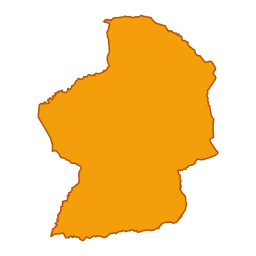 Areza, Debub, Eritrea
{"feature_id": "51966322B88449484299376", "entity_name": "Areza", "entity_type": "district", "adm_level": 2, "iso_a3": "ERI", "parent_name": "Eritrea", "parent_adm1": "Debub", "projection": "orthographic", "projection_center": [38.502, 14.876], "detail": "fine", "context": "isolated", "style": "filled", "palette": "amber", "viewbox_px": 256, "rotation_deg": 0, "n_neighbors": 0, "source": "geoboundaries", "source_scale": "gbopen_adm2", "svg_char_len": 5685}
<svg xmlns="http://www.w3.org/2000/svg" viewBox="0 0 256 256"><path d="M215.5,68.0L213.9,65.2L213.3,64.7L213.1,63.6L212.3,63.1L212.0,62.4L211.2,61.5L209.3,61.2L207.3,62.1L205.1,62.1L202.9,59.8L202.6,58.9L201.6,58.1L200.6,56.2L199.8,55.8L198.1,55.7L196.0,54.4L195.4,53.7L195.2,52.0L194.4,49.8L192.7,49.0L191.0,47.5L189.9,47.0L189.1,45.7L188.1,45.0L187.6,43.9L188.1,42.4L186.4,41.9L185.0,40.5L183.1,40.7L182.1,40.1L181.6,36.5L179.4,35.8L179.2,34.6L178.9,34.1L178.1,34.0L177.8,34.9L177.4,35.1L176.2,34.1L176.0,32.9L174.7,33.2L172.7,32.6L172.3,32.2L172.3,31.3L172.1,31.1L171.4,31.4L171.0,31.3L170.6,30.8L169.6,30.7L169.1,30.9L168.9,31.5L167.7,30.5L167.3,29.3L165.9,27.7L165.5,25.9L165.0,25.6L163.1,25.5L162.3,25.0L159.3,24.1L157.7,23.9L156.2,22.9L155.3,23.0L154.7,22.6L154.4,21.5L153.5,21.1L150.8,17.5L147.5,17.1L145.9,16.6L143.0,16.3L142.1,15.5L141.3,15.4L138.6,17.0L136.9,16.8L135.5,17.0L134.7,16.8L133.3,17.9L131.1,17.1L130.5,16.5L129.8,16.8L128.6,16.6L127.5,16.9L126.5,16.5L124.7,16.2L122.9,17.2L121.2,17.1L117.8,17.7L114.4,17.7L112.8,18.6L111.0,20.8L110.0,19.6L108.3,20.3L107.7,20.1L107.5,19.5L106.7,19.9L105.3,19.7L104.7,21.1L103.7,21.4L104.8,22.3L106.5,22.2L107.9,22.9L108.9,23.1L109.7,24.9L108.7,26.2L108.9,27.7L108.5,28.6L108.5,29.5L106.8,32.2L107.6,35.3L107.3,36.6L108.7,39.5L108.6,43.6L109.1,45.2L109.2,50.3L109.5,51.7L109.2,52.8L108.4,53.9L107.6,55.8L107.1,58.8L107.5,60.9L108.1,62.0L108.0,63.0L109.1,65.4L109.1,66.0L108.9,66.6L107.7,67.4L106.7,69.6L104.9,71.1L104.0,70.3L103.6,70.6L103.5,72.1L102.0,72.4L100.2,73.6L95.5,73.4L95.0,74.4L94.4,74.5L94.3,74.8L94.8,75.2L94.5,75.5L93.2,75.0L92.1,75.5L91.0,75.6L89.9,74.9L88.8,74.7L87.9,75.2L87.2,76.7L86.7,76.9L85.4,76.7L84.7,77.1L83.8,76.9L83.5,77.8L81.9,79.5L81.1,79.2L79.6,79.1L78.5,78.4L78.2,78.6L77.9,79.5L75.7,81.3L74.5,84.4L73.3,85.5L72.2,85.6L71.7,85.9L71.6,87.4L70.6,89.1L69.9,89.6L68.7,88.8L68.6,88.5L67.8,88.7L67.5,90.9L66.0,92.6L65.4,92.7L64.4,92.1L62.4,91.9L62.0,90.3L61.3,90.8L59.3,91.1L58.5,92.2L57.5,91.7L56.2,93.9L55.4,93.0L55.1,93.1L55.0,94.6L55.3,95.5L55.0,95.9L53.1,95.9L52.6,96.1L52.4,97.1L53.3,97.7L52.6,99.5L51.6,99.6L51.1,99.2L50.7,98.1L50.2,97.9L49.6,98.3L48.9,99.3L47.9,99.6L47.8,101.0L49.3,102.4L49.4,102.8L49.2,103.2L47.7,103.8L46.3,103.1L45.5,102.2L44.7,102.1L44.4,102.2L44.5,103.2L43.9,103.9L43.4,103.3L42.7,103.4L41.8,104.0L40.8,103.6L39.4,104.7L38.2,117.1L45.2,128.6L50.5,138.0L52.5,144.7L52.4,151.1L53.1,151.2L54.9,150.5L56.4,151.1L59.5,154.5L60.2,156.5L60.9,157.4L63.7,158.1L65.3,158.7L66.3,159.7L69.2,160.7L71.3,163.0L73.1,163.3L74.8,163.1L75.6,163.4L76.2,164.2L80.2,166.0L81.2,167.6L81.0,169.0L79.1,171.9L78.8,176.1L79.2,180.9L78.8,183.0L77.6,184.0L77.3,184.7L75.9,185.0L74.8,186.4L71.8,188.1L72.2,189.8L71.0,191.5L71.0,192.0L70.8,192.2L68.9,192.6L68.6,193.4L68.6,194.2L69.3,195.1L67.9,195.4L67.4,195.8L67.4,196.2L68.1,196.4L68.2,196.7L67.5,197.4L67.5,199.5L67.1,200.1L67.1,200.9L65.3,200.8L62.6,201.5L63.4,202.4L62.4,203.5L62.8,204.1L62.5,204.6L62.6,205.7L62.5,206.1L61.1,206.5L61.3,207.2L60.8,207.8L61.0,208.5L60.7,211.3L60.1,212.2L59.7,212.4L59.8,213.2L59.3,213.4L59.3,214.1L58.3,214.2L57.7,215.3L58.3,217.3L57.4,218.6L56.9,220.2L58.0,220.8L58.0,221.4L56.9,222.4L55.3,223.3L55.2,223.6L56.2,224.1L56.8,224.9L57.0,225.4L55.3,226.6L54.4,228.1L52.7,229.1L52.3,230.4L52.6,231.4L51.6,232.7L51.8,233.5L51.3,234.0L50.9,236.1L51.7,236.2L52.2,236.0L53.9,234.3L56.7,233.9L58.4,234.0L62.5,233.1L63.7,233.6L64.0,234.6L64.8,235.6L65.2,236.9L66.0,237.8L68.0,237.7L68.8,237.1L69.1,237.5L69.8,236.6L70.8,236.1L71.6,236.1L72.1,237.3L73.3,237.2L73.5,237.0L73.4,236.0L74.2,236.0L76.2,237.3L77.7,237.0L78.7,237.1L79.3,237.7L79.7,239.0L82.0,240.4L83.2,240.6L84.8,239.2L86.1,237.2L86.7,237.0L88.6,238.0L89.7,238.3L90.8,237.9L91.5,237.2L94.1,235.9L94.6,235.9L95.8,236.8L96.8,235.9L97.5,235.8L99.3,236.2L100.4,236.1L101.6,236.7L102.6,236.8L103.3,237.4L104.2,237.6L106.8,236.6L110.2,233.5L111.0,233.4L112.1,233.7L112.7,233.2L114.4,232.7L115.4,233.6L115.9,233.6L118.7,231.7L121.9,231.4L123.0,230.6L124.8,230.9L125.7,231.5L126.3,231.5L127.4,230.8L129.9,230.7L131.5,230.0L132.9,229.9L133.5,230.1L134.3,231.1L135.1,231.1L136.4,230.5L136.9,230.6L137.3,232.1L137.9,232.3L141.6,231.4L143.2,230.6L146.9,230.2L148.3,229.7L150.1,230.5L152.1,230.4L154.3,229.9L156.7,228.4L158.6,228.5L159.1,227.8L159.5,226.3L161.1,225.2L161.5,223.9L162.7,223.3L165.2,222.4L168.9,222.3L169.9,222.0L171.7,222.2L173.0,223.1L173.8,223.2L174.9,222.6L175.8,222.6L178.1,220.5L178.4,219.3L179.6,218.7L179.5,217.7L180.8,217.4L180.6,216.2L182.1,215.8L181.5,215.0L181.7,214.2L183.1,213.5L183.8,211.9L184.6,211.1L185.5,208.8L185.7,206.9L186.3,205.8L186.2,204.4L186.6,203.1L185.6,201.7L185.7,198.3L185.0,195.8L181.9,192.7L181.0,190.7L179.8,189.6L179.8,188.9L180.8,188.1L179.9,187.2L180.0,186.9L180.8,186.9L181.2,186.2L181.1,185.3L180.2,184.7L180.1,184.2L180.3,182.6L181.1,181.4L180.6,180.1L179.8,179.7L180.2,175.9L179.8,175.1L178.4,173.8L178.5,172.7L177.9,170.4L178.5,170.0L179.1,170.0L180.2,170.6L181.0,170.1L182.3,170.3L183.8,169.1L185.5,169.2L185.9,169.0L186.0,167.9L187.5,167.3L188.8,165.8L190.4,165.1L191.9,165.3L194.8,163.5L196.8,159.4L199.0,159.2L201.0,159.7L202.9,159.6L206.8,158.5L212.5,156.6L215.0,155.5L217.2,154.0L217.8,152.9L217.8,152.0L216.1,150.5L210.1,141.4L209.8,140.5L209.9,139.5L210.3,138.8L211.9,138.3L212.2,137.6L213.2,137.5L213.5,137.1L213.0,128.0L213.2,123.7L213.8,119.6L213.4,118.8L212.2,117.3L211.1,114.7L209.6,105.9L208.4,105.2L208.5,103.9L208.2,103.2L208.4,102.4L207.6,100.2L208.1,98.6L206.6,95.1L207.8,93.8L207.5,90.3L209.4,88.5L209.7,88.0L209.9,87.0L211.0,85.9L215.0,79.9L215.5,78.8L215.7,77.9L215.5,76.8L213.4,73.8L213.3,73.1L213.6,72.1L215.2,69.8L215.5,68.9L215.5,68.0Z" fill="#f59e0b" stroke="#b45309" stroke-width="1.5"/></svg>